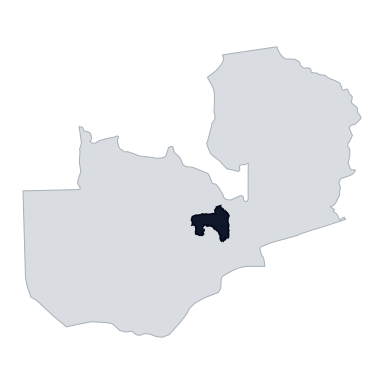 location of Kapiri Mposhi, Central, Zambia
{"feature_id": "96606910B40769326482894", "entity_name": "Kapiri Mposhi", "entity_type": "district", "adm_level": 2, "iso_a3": "ZMB", "parent_name": "Zambia", "parent_adm1": "Central", "projection": "albers", "projection_center": [28.625, -14.196], "detail": "fine", "context": "in_parent", "style": "filled", "palette": "ink", "viewbox_px": 384, "rotation_deg": 0, "n_neighbors": 0, "source": "geoboundaries", "source_scale": "gbopen_adm2", "svg_char_len": 8626}
<svg xmlns="http://www.w3.org/2000/svg" viewBox="0 0 384 384"><path d="M264.8,266.4L245.8,266.4L238.9,267.9L233.2,270.2L226.5,273.9L222.6,276.4L221.5,277.9L221.0,281.0L221.0,285.8L220.3,289.3L218.2,292.5L208.0,296.4L201.3,299.5L194.8,303.3L189.8,308.1L186.5,314.1L180.9,321.5L169.2,334.7L162.4,337.2L156.7,336.7L149.8,334.1L144.4,333.6L140.3,335.3L136.6,334.9L133.1,332.1L130.2,331.2L127.9,331.9L125.0,331.9L119.5,330.4L114.7,325.8L112.2,323.9L110.2,323.2L104.5,322.5L91.6,321.7L78.2,324.3L66.5,326.9L54.2,316.7L42.4,305.9L39.8,303.2L35.4,299.6L32.2,297.9L30.9,297.0L27.5,287.2L25.5,278.2L23.0,190.9L76.7,189.6L80.1,189.2L80.3,188.2L77.7,183.6L77.8,182.0L78.4,178.8L80.6,172.4L80.7,170.3L79.5,163.5L79.5,159.6L80.0,151.8L79.6,149.2L80.8,145.7L81.2,143.4L81.6,142.4L81.0,139.7L79.7,130.5L79.0,126.7L82.3,127.2L83.4,129.1L84.0,131.1L85.5,131.2L89.4,132.4L90.7,134.1L91.7,137.8L91.2,139.7L90.0,141.2L91.3,142.5L93.8,143.4L95.3,143.1L99.6,140.5L103.6,139.5L105.7,138.8L114.6,137.0L116.3,136.1L117.6,136.1L118.5,136.8L117.7,139.4L117.5,141.8L118.6,146.1L119.5,148.2L121.4,149.6L122.7,150.4L124.3,152.0L127.4,151.6L134.2,153.8L136.3,154.8L139.2,155.8L141.2,156.2L148.3,156.9L155.7,158.1L159.6,158.1L162.3,157.8L164.2,157.2L165.4,156.4L165.9,155.8L168.6,147.4L170.1,146.8L171.9,146.3L173.0,147.1L174.2,152.4L179.6,157.1L181.5,161.1L182.8,164.5L184.0,165.4L186.1,166.6L189.3,167.0L192.2,167.1L206.7,172.9L208.3,173.9L210.0,177.0L211.1,180.6L212.3,183.3L214.1,183.9L215.8,184.1L217.4,186.0L218.7,187.6L222.9,194.5L223.5,197.2L225.6,199.1L228.4,199.9L231.0,200.0L232.5,199.1L236.1,197.7L239.0,196.1L241.1,195.6L242.3,195.9L243.3,197.0L243.9,200.5L245.9,201.6L247.4,201.2L248.0,199.9L248.1,199.2L248.2,163.3L246.9,163.6L245.2,164.6L241.4,164.7L239.9,165.4L239.4,166.6L239.7,168.1L239.8,170.1L239.2,171.0L237.6,171.4L235.1,170.6L230.7,169.6L227.1,168.9L224.5,166.3L220.9,162.2L218.6,160.1L212.9,155.9L212.0,155.1L210.3,153.1L208.8,149.7L207.4,145.8L206.6,143.4L208.0,139.6L211.3,127.1L212.0,123.3L214.8,119.4L215.0,115.9L213.9,111.3L214.2,108.9L214.5,94.7L213.8,90.2L211.9,85.2L207.8,78.3L207.8,76.8L214.1,72.3L216.0,70.6L219.3,67.0L221.6,63.9L223.0,61.4L223.5,58.1L222.4,55.1L224.6,54.5L276.9,46.8L277.6,48.9L279.2,52.4L281.0,55.0L283.2,57.3L285.1,58.7L286.3,59.1L294.4,59.1L297.3,60.5L299.7,62.3L300.3,65.0L302.0,66.7L303.7,68.1L304.5,68.3L305.8,67.9L308.0,67.9L310.0,68.6L310.9,69.2L311.0,71.4L311.6,72.5L314.3,72.9L317.0,73.1L319.7,74.7L322.6,75.0L325.9,75.7L327.4,77.4L331.0,79.1L335.3,80.7L340.0,83.3L340.1,84.1L340.9,85.6L341.7,86.7L341.7,88.3L342.1,89.7L343.3,90.1L344.3,90.2L345.3,89.2L346.6,89.2L347.9,89.9L348.4,91.6L349.4,93.9L351.2,95.5L352.3,97.0L351.9,99.7L351.1,102.1L353.4,104.6L356.5,107.0L357.3,108.0L357.5,111.5L357.9,112.7L360.0,115.6L361.0,117.5L360.9,118.6L355.1,124.2L351.6,125.0L350.1,126.1L349.1,127.3L351.2,133.0L352.4,135.2L351.3,137.9L349.0,142.4L348.0,142.8L347.7,146.2L348.4,147.5L349.5,148.5L349.9,150.9L349.7,156.7L348.1,163.3L350.6,169.1L351.4,169.8L354.9,169.9L355.5,170.4L354.6,172.0L352.1,174.5L347.6,176.4L341.2,178.4L339.8,180.5L338.9,183.5L339.6,185.3L340.4,186.4L340.1,189.0L339.5,191.8L339.6,194.0L339.3,196.0L338.4,196.9L337.3,199.8L335.8,202.8L334.7,204.1L333.1,205.5L330.6,206.6L330.6,207.2L333.4,208.6L334.2,209.6L334.4,210.2L333.2,211.7L334.5,212.6L336.1,213.4L337.6,215.4L339.3,219.2L339.6,219.5L340.1,219.6L341.0,219.2L342.8,217.7L344.1,217.2L345.6,219.4L318.8,228.1L312.5,229.9L303.2,233.0L300.1,234.1L297.7,235.3L272.9,242.2L269.0,243.5L260.3,247.1L260.0,247.7L260.0,249.4L260.8,252.8L262.3,256.0L263.6,257.8L264.4,262.4L264.8,266.4Z" fill="#d9dde1" stroke="#a8b0b8" stroke-width="1"/><path d="M202.5,235.3L203.7,234.0L203.3,232.9L202.9,232.9L202.1,233.0L201.9,232.3L204.1,230.8L204.3,230.1L203.8,229.2L203.6,229.1L202.4,228.9L202.2,227.8L202.5,227.3L203.5,226.2L203.8,225.9L204.7,224.2L205.7,224.7L206.1,225.2L206.5,225.0L206.8,225.6L206.5,225.8L207.1,226.2L207.5,225.9L207.6,226.0L207.8,225.9L207.9,226.0L208.2,225.8L208.3,225.7L208.7,225.7L208.9,225.6L209.2,225.7L209.2,225.8L209.4,225.7L209.6,225.7L209.8,225.6L210.1,225.8L210.3,225.8L210.6,226.0L210.8,225.9L211.0,225.8L211.0,226.0L211.1,225.8L211.3,225.8L211.3,226.1L211.6,226.1L211.7,226.3L211.9,226.3L212.3,226.5L212.6,226.6L212.6,226.8L212.8,226.8L213.0,227.1L213.5,227.4L213.8,227.5L213.8,228.0L214.0,227.8L214.2,228.1L214.4,228.1L214.5,228.4L214.7,228.6L214.8,229.0L214.9,228.9L215.2,229.0L215.3,229.1L215.5,229.1L215.8,229.1L215.9,229.3L215.7,229.4L215.9,229.4L216.1,229.6L216.1,229.8L216.2,230.1L216.3,230.2L216.5,230.4L216.8,230.3L216.9,230.7L217.1,230.9L217.6,231.1L217.9,231.3L218.1,231.6L218.3,231.8L218.5,232.2L218.6,232.3L218.7,232.7L219.0,232.8L218.9,233.1L219.0,233.2L219.1,233.3L219.3,233.5L219.2,234.0L219.3,234.1L219.4,234.3L219.4,234.7L219.6,234.8L219.7,235.0L219.9,235.0L220.1,235.2L220.3,235.2L220.5,235.5L220.4,235.8L220.7,235.9L220.7,236.1L220.6,236.7L220.2,236.9L220.1,237.3L220.0,238.0L220.1,238.3L220.1,238.6L220.2,238.8L220.4,239.2L220.5,239.2L220.5,239.5L220.6,239.8L220.7,240.2L221.0,240.5L221.2,241.0L221.4,241.2L221.5,241.3L221.9,241.2L222.1,241.0L222.4,240.7L223.1,240.7L223.2,240.8L223.2,240.7L223.4,240.6L223.3,240.4L223.7,240.5L223.9,240.5L224.0,240.4L224.0,240.2L223.9,240.1L224.2,240.0L224.3,239.9L224.3,239.6L224.7,239.9L225.2,239.7L225.3,239.7L225.5,239.2L225.8,238.9L225.8,238.2L225.6,238.1L225.4,238.1L225.3,237.9L224.8,237.6L224.8,237.4L225.0,237.3L225.9,237.8L226.2,237.9L228.3,237.8L228.3,237.2L228.6,236.5L228.7,235.9L228.6,235.6L228.7,235.4L228.6,235.2L228.5,234.5L228.4,234.3L228.6,234.1L228.4,233.8L228.4,233.7L228.5,233.6L228.4,233.5L228.4,233.4L228.6,233.2L228.5,232.7L228.4,232.5L228.4,232.4L228.4,232.2L228.4,231.8L228.3,231.7L228.4,230.8L228.6,230.8L228.9,230.7L228.7,230.3L228.7,229.7L228.3,228.6L228.1,227.9L228.3,227.8L228.4,227.3L228.7,226.9L228.7,226.5L228.7,226.4L228.4,225.6L228.7,225.3L228.5,224.5L228.7,224.3L228.2,223.0L227.8,222.3L227.8,221.8L228.0,221.5L227.8,220.9L227.9,220.7L227.4,220.2L227.5,219.9L227.6,219.7L227.8,219.6L227.8,219.4L228.1,219.1L228.0,218.9L227.9,218.6L228.1,218.2L228.1,217.8L228.2,217.5L228.4,217.4L228.6,217.1L228.6,216.5L229.0,216.0L229.0,215.8L228.8,215.5L228.7,215.0L228.5,214.9L228.5,214.6L228.3,214.5L228.3,214.3L228.0,214.2L227.8,213.8L227.5,213.9L227.4,213.6L227.4,213.4L227.4,213.2L227.2,213.3L227.0,213.1L227.1,212.9L227.0,212.7L226.9,212.7L226.8,212.4L226.7,212.3L226.6,212.5L226.5,212.4L226.4,212.6L226.0,212.3L226.0,212.2L225.8,212.1L225.7,212.0L225.6,211.9L225.7,211.7L225.6,211.4L225.4,211.5L225.5,211.7L225.4,211.8L225.2,211.6L225.1,211.4L225.1,211.2L225.0,211.3L224.8,211.2L224.7,211.2L224.4,211.0L224.0,211.1L223.9,211.0L223.9,210.7L223.8,210.3L223.7,210.2L223.8,210.1L223.7,209.9L223.1,209.3L223.2,209.1L223.0,208.9L222.4,208.8L222.3,208.6L222.2,208.7L222.0,208.4L221.7,208.1L221.2,208.0L221.2,207.9L220.9,207.8L220.8,207.5L220.6,207.4L220.6,207.2L220.4,206.7L220.4,206.3L220.5,206.3L220.4,206.1L220.3,205.9L220.4,205.7L216.6,206.9L216.9,207.2L216.9,207.6L216.5,207.7L216.2,208.1L215.9,208.5L215.8,208.9L215.3,209.3L214.9,209.8L215.0,210.1L214.9,210.4L215.1,212.0L215.1,212.7L215.2,212.9L215.1,213.6L212.3,213.6L212.0,213.8L211.9,213.8L211.5,213.8L210.7,214.2L210.4,214.3L210.1,214.2L210.1,214.3L209.5,214.3L209.3,214.4L208.6,214.3L208.4,214.4L208.3,214.5L208.1,214.5L207.9,214.3L207.7,214.3L207.2,214.2L207.0,214.3L206.9,214.2L206.8,214.3L206.7,214.2L206.6,214.3L206.5,214.2L206.2,214.2L206.0,213.9L205.9,213.9L205.2,214.2L205.1,214.3L204.6,214.4L204.3,214.2L204.1,214.2L203.7,214.1L203.4,214.0L203.1,214.1L202.8,213.9L202.2,214.0L201.5,214.1L201.3,214.3L201.2,214.5L200.6,214.9L200.4,214.9L200.1,214.8L199.7,214.8L199.4,214.9L199.0,215.1L198.3,215.2L198.0,215.0L197.8,215.1L197.7,215.2L197.3,215.3L196.9,215.1L196.4,215.3L196.2,215.2L195.8,215.1L195.7,215.3L195.1,215.5L194.3,215.9L194.0,215.8L193.5,216.1L193.0,216.2L192.9,216.3L192.8,216.5L192.3,216.8L192.3,217.0L192.1,217.2L192.0,217.6L191.9,217.8L191.9,218.0L191.9,218.4L191.7,218.8L191.7,219.0L191.6,219.7L191.4,219.9L191.6,220.1L191.5,220.3L191.6,220.5L191.8,220.8L192.3,221.4L192.4,221.7L192.3,221.9L192.5,222.0L192.4,222.8L192.4,223.0L192.5,223.3L192.4,223.4L192.5,223.6L192.2,224.1L192.2,224.3L192.2,224.6L192.0,225.1L192.7,224.9L193.1,224.9L193.7,224.9L193.9,225.1L194.4,225.4L195.5,225.8L196.0,226.1L195.9,226.3L195.6,227.4L195.7,228.3L195.9,228.9L196.0,229.6L195.9,229.8L195.7,231.1L195.4,231.7L195.4,232.1L195.7,232.6L195.7,233.2L195.6,233.8L196.4,234.4L197.4,234.3L198.1,234.6L198.5,234.7L199.3,235.3L199.6,235.2L199.8,235.3L200.0,235.2L200.2,235.3L200.5,235.2L200.6,235.3L201.2,235.4L202.5,235.3Z" fill="#0f172a" stroke="#020617" stroke-width="1.5"/></svg>